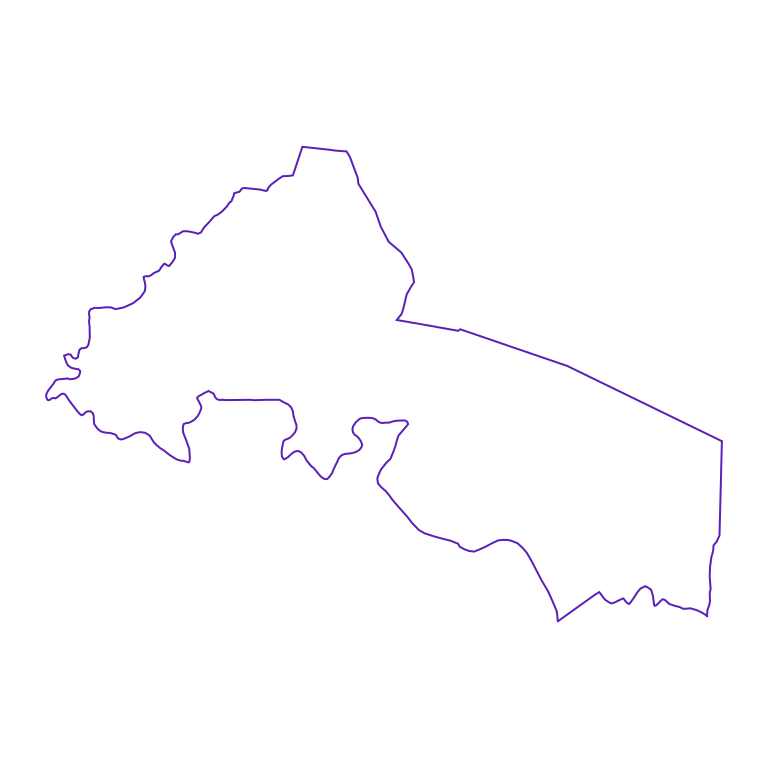 Belair, Anse-la-Raye, Saint Lucia (Robinson projection)
{"feature_id": "8701671B26789831471183", "entity_name": "Belair", "entity_type": "district", "adm_level": 2, "iso_a3": "LCA", "parent_name": "Saint Lucia", "parent_adm1": "Anse-la-Raye", "projection": "robinson", "projection_center": [-61.001, 13.953], "detail": "fine", "context": "isolated", "style": "outline", "palette": "violet", "viewbox_px": 768, "rotation_deg": 0, "n_neighbors": 0, "source": "geoboundaries", "source_scale": "gbopen_adm2", "svg_char_len": 5879}
<svg xmlns="http://www.w3.org/2000/svg" viewBox="0 0 768 768"><path d="M391.7,498.9L397.9,506.2L407.0,516.4L411.6,522.4L418.6,529.8L424.5,533.3L435.0,536.7L443.3,538.9L450.6,540.7L458.0,543.7L459.7,546.7L464.9,549.5L469.3,551.0L474.2,551.6L479.8,549.3L485.6,546.7L492.1,543.2L498.2,540.4L503.0,539.9L508.0,540.0L511.7,540.9L517.6,543.3L523.0,548.3L527.0,553.1L531.4,560.7L541.1,579.5L547.9,591.0L551.2,598.2L553.6,603.7L556.8,611.5L557.3,615.6L557.7,620.7L558.0,621.2L594.4,595.1L597.6,593.1L599.3,592.1L600.7,593.9L603.4,597.7L605.5,600.0L609.8,602.8L611.9,603.4L615.0,602.3L617.7,600.9L622.6,598.6L623.5,598.5L624.4,599.8L626.3,602.2L627.5,603.2L629.0,604.0L630.5,602.5L634.4,597.0L637.3,592.3L640.5,588.6L642.6,587.5L645.1,586.2L648.1,587.6L651.2,589.9L652.9,595.7L653.7,601.5L654.1,604.7L654.7,605.8L656.0,605.5L658.4,603.3L660.7,600.8L662.8,599.2L665.1,600.1L667.2,602.0L669.2,603.9L675.0,605.9L679.9,607.1L682.6,608.6L684.8,608.8L690.3,608.3L696.7,610.1L701.5,612.4L705.5,614.8L706.8,615.8L706.9,616.1L707.2,616.1L707.1,615.5L707.4,610.2L709.4,604.6L710.0,601.0L709.7,593.7L710.6,588.8L709.7,576.6L710.0,567.4L711.4,556.9L712.3,554.2L713.4,549.1L713.5,545.4L716.6,541.7L719.5,535.5L721.9,441.2L599.8,381.8L567.4,366.0L460.2,329.3L458.2,330.8L414.1,323.0L396.8,320.0L397.0,319.7L401.6,313.9L403.3,308.7L406.7,294.4L411.2,286.5L414.1,282.1L411.9,269.8L408.6,263.8L401.3,252.5L388.8,241.9L380.8,226.8L375.6,211.7L358.4,183.8L357.7,177.8L349.8,156.7L347.5,153.0L346.5,151.4L335.3,150.6L330.6,149.9L302.4,146.8L292.9,175.4L288.0,176.0L282.7,176.2L278.6,178.9L272.8,183.3L271.1,184.6L268.6,187.5L267.7,188.9L267.6,190.1L266.0,191.0L259.8,189.5L251.3,188.7L244.7,188.0L242.1,188.4L239.5,191.7L234.3,193.2L233.6,195.8L231.3,201.4L229.6,202.4L228.8,203.6L227.7,205.2L226.5,206.9L222.3,211.2L218.4,214.3L214.1,216.3L209.3,221.9L204.1,227.4L200.9,232.5L197.8,233.8L195.8,233.0L192.4,232.2L187.7,231.3L183.1,231.2L180.1,233.1L177.8,234.4L175.8,234.3L173.1,237.2L172.0,239.5L171.0,241.3L172.1,244.8L175.0,252.5L175.1,256.5L174.9,257.9L173.6,260.2L171.8,262.8L169.2,266.0L167.9,265.6L166.8,265.2L165.9,264.5L165.0,263.8L164.2,263.8L163.4,264.6L160.8,267.8L160.8,268.2L158.9,270.8L156.5,271.8L153.8,273.1L151.6,274.9L148.7,276.4L147.0,276.1L145.2,276.4L143.7,276.9L143.9,278.9L144.8,282.5L145.4,285.8L145.0,290.6L143.2,293.6L139.9,297.9L133.0,303.2L125.9,306.5L122.4,307.8L116.2,309.0L114.4,308.8L112.0,307.8L110.2,307.3L105.3,307.3L98.9,308.0L94.2,307.8L92.5,308.8L90.9,309.0L90.9,309.3L89.2,311.3L89.0,314.2L89.6,317.3L89.0,321.6L89.6,326.4L89.8,337.6L88.4,344.8L86.5,347.5L83.3,348.2L81.5,348.2L79.4,349.9L78.3,354.7L77.9,357.3L75.8,358.7L73.3,358.0L72.2,357.1L70.8,354.7L68.0,354.2L64.1,355.7L64.8,358.0L66.0,361.7L67.9,365.4L71.3,367.8L74.2,368.6L78.4,369.2L79.5,370.3L80.2,371.0L79.9,373.4L78.6,376.5L76.3,377.9L74.7,378.7L69.6,379.3L68.0,378.5L66.1,378.6L62.5,379.0L58.0,379.4L55.5,380.5L53.1,384.2L48.3,390.4L46.5,393.7L46.1,395.7L46.4,397.7L47.4,399.8L48.3,400.2L49.1,400.0L49.8,399.9L50.5,399.3L51.3,398.6L53.6,397.9L54.5,398.1L55.4,398.4L56.0,398.1L57.5,397.1L58.5,396.4L58.7,396.2L59.1,395.7L61.8,393.8L63.9,393.8L65.5,394.8L68.3,399.2L71.0,402.9L74.0,406.9L77.4,411.3L79.6,413.7L81.4,415.2L83.6,414.5L85.3,412.5L87.5,411.3L90.6,411.3L92.9,413.3L93.7,416.0L93.9,420.6L94.2,424.0L96.9,428.0L99.1,430.2L101.9,431.9L106.8,432.8L109.8,432.9L112.0,433.5L114.3,434.2L115.9,435.0L116.9,436.5L117.6,437.6L118.2,438.5L120.0,439.3L120.3,439.4L122.9,439.2L126.6,437.7L130.1,436.1L132.9,434.4L135.4,433.1L139.0,432.3L141.4,432.2L145.1,432.8L147.8,434.3L150.0,436.1L151.6,438.7L153.3,441.4L153.9,442.4L156.4,444.9L159.9,447.9L164.8,451.1L168.4,454.1L172.8,457.1L176.9,459.5L179.9,460.4L181.5,460.8L183.4,460.8L185.6,461.5L186.1,461.6L187.5,462.1L188.4,462.4L189.4,461.7L189.9,458.7L189.6,453.8L189.4,451.5L189.2,448.7L188.1,445.7L187.0,442.4L183.2,432.6L182.8,429.0L183.1,425.8L183.8,424.0L185.7,423.2L188.8,422.8L191.3,421.6L194.2,419.9L196.3,417.7L197.8,415.9L199.1,413.6L200.5,410.5L201.3,408.0L201.2,406.4L200.4,404.6L199.1,401.9L197.5,399.1L197.4,398.8L197.1,397.9L197.5,397.4L198.0,396.8L198.5,396.3L201.1,394.9L204.9,392.7L207.6,391.5L208.5,391.0L211.4,392.5L213.4,393.5L213.9,394.3L214.7,396.1L215.6,397.7L216.5,398.8L217.7,399.5L220.1,400.0L221.7,399.9L222.3,399.6L222.9,399.9L227.1,400.1L249.8,399.8L254.7,400.2L266.6,399.8L274.5,399.8L279.4,399.8L280.7,400.5L282.8,401.8L288.4,404.6L291.3,407.6L292.9,411.5L293.4,415.5L295.0,421.0L296.5,425.2L296.5,428.5L295.0,432.3L292.4,435.4L289.8,437.8L286.8,439.2L284.8,439.9L283.4,441.4L283.2,442.7L282.5,445.6L281.9,449.2L281.6,451.9L281.9,456.2L283.0,458.2L283.7,459.2L284.4,459.2L284.9,459.0L287.9,457.2L291.4,453.9L294.5,451.7L298.0,450.9L301.3,452.5L304.1,455.8L306.9,460.9L309.7,464.3L310.9,465.7L311.3,466.2L311.8,466.7L313.0,467.4L314.2,468.4L314.7,469.3L316.2,471.0L318.5,473.9L320.6,476.3L321.3,476.9L323.7,478.6L324.5,478.9L325.1,479.0L327.1,479.1L327.7,478.5L329.7,476.5L330.7,474.9L332.3,472.9L332.4,472.3L333.6,469.2L335.0,466.3L336.9,462.5L338.1,459.7L338.8,458.3L340.5,456.3L341.7,455.1L345.0,454.0L348.6,453.6L351.7,453.2L355.0,452.3L357.4,451.1L359.3,450.0L360.5,448.5L361.5,447.0L362.2,444.9L361.1,441.7L359.4,438.9L357.1,436.4L354.8,434.8L353.2,432.8L352.6,430.5L352.5,428.5L353.3,426.0L355.7,422.4L359.2,419.2L360.9,418.3L364.5,417.9L368.0,417.8L371.7,418.0L374.6,418.8L375.9,419.7L376.9,420.4L378.6,422.0L382.0,423.1L385.3,422.7L389.2,422.6L393.6,421.2L398.1,420.6L404.6,420.4L406.3,421.1L407.3,421.9L408.1,424.1L406.3,426.5L404.6,428.4L398.5,435.5L396.8,440.6L395.3,446.3L393.5,451.4L393.4,451.8L390.4,458.9L386.3,462.8L381.2,469.2L379.4,472.8L377.3,478.3L377.4,478.9L377.8,482.3L378.0,483.4L378.6,484.1L380.0,485.8L381.1,487.1L381.5,487.4L382.6,488.4L382.9,488.6L384.4,489.9L385.7,491.0L386.6,492.1L387.5,493.2L388.6,494.5L390.5,497.1L391.5,498.5L391.7,498.9Z" fill="none" stroke="#5b21b6" stroke-width="2"/></svg>